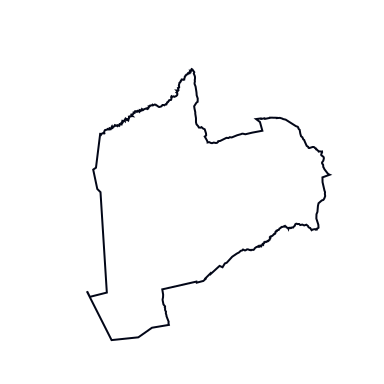 the district of Rosario de la Frontera, Salta, Argentina, rotated 157°
{"feature_id": "61730980B41964155809664", "entity_name": "Rosario de la Frontera", "entity_type": "district", "adm_level": 2, "iso_a3": "ARG", "parent_name": "Argentina", "parent_adm1": "Salta", "projection": "robinson", "projection_center": [-64.783, -25.907], "detail": "fine", "context": "isolated", "style": "outline", "palette": "ink", "viewbox_px": 384, "rotation_deg": 157, "n_neighbors": 0, "source": "geoboundaries", "source_scale": "gbopen_adm2", "svg_char_len": 6000}
<svg xmlns="http://www.w3.org/2000/svg" viewBox="0 0 384 384"><g transform="rotate(157 192 192)"><path d="M96.8,110.1L95.7,110.3L93.1,109.7L92.8,109.4L92.7,108.9L91.8,108.7L91.6,109.3L91.1,109.5L90.7,109.4L89.5,109.7L88.5,112.5L87.9,119.0L86.1,122.9L84.3,124.7L81.5,130.0L79.9,132.2L75.9,133.5L74.2,133.4L72.8,134.3L71.0,136.2L70.4,138.4L69.6,139.9L69.5,141.6L68.0,150.0L66.2,154.5L58.5,154.1L59.4,155.1L59.9,156.2L61.2,161.2L61.2,162.4L61.4,163.6L60.7,165.8L60.7,166.2L61.1,167.3L60.7,168.4L58.9,169.5L57.5,171.4L57.2,172.4L57.3,173.1L58.5,175.1L58.6,175.6L58.3,176.2L56.7,177.8L56.5,178.5L57.1,178.6L58.5,179.5L59.6,179.7L59.7,180.6L60.3,181.5L60.4,182.2L61.1,182.8L60.9,183.6L61.6,184.3L61.7,184.9L62.3,185.8L63.3,186.3L66.8,186.6L67.4,187.0L67.4,188.1L68.4,189.7L68.5,194.7L68.4,196.0L69.0,197.0L69.0,199.2L69.8,200.7L69.5,203.4L68.6,207.2L69.1,208.2L69.2,209.0L69.0,209.9L69.2,210.7L70.6,212.0L77.5,222.0L79.7,223.6L80.1,224.2L82.1,225.9L85.1,226.9L85.0,227.2L91.2,230.0L91.4,229.8L96.3,230.8L96.4,231.5L99.8,232.2L99.8,232.8L104.5,234.1L102.1,229.9L103.3,220.9L113.3,223.1L120.3,224.3L122.4,225.8L123.2,226.1L124.4,226.1L128.2,226.6L134.1,226.7L135.9,227.7L137.3,227.4L139.1,228.4L146.2,228.0L148.0,228.5L148.5,227.9L149.9,227.5L150.9,227.8L152.7,229.0L154.4,229.1L155.4,229.7L156.7,231.2L158.3,231.5L158.1,232.0L158.1,233.8L158.6,238.1L157.5,238.3L156.8,238.7L156.2,240.5L155.8,244.7L157.2,246.4L157.9,248.0L159.0,247.9L160.5,248.7L160.6,250.1L161.4,252.5L161.1,254.6L159.5,258.4L158.4,262.8L157.8,264.2L157.1,267.9L156.5,270.1L153.3,272.3L152.4,272.7L151.6,272.8L150.2,275.8L149.9,279.2L149.0,281.8L147.5,287.7L147.4,290.5L147.0,291.4L146.1,292.7L145.7,294.1L145.2,294.7L144.3,296.7L144.1,298.1L144.1,300.3L143.1,301.4L143.8,304.7L144.3,305.3L144.7,305.0L144.3,304.5L144.4,304.2L144.9,303.9L146.1,304.4L146.0,303.8L146.4,303.1L147.0,303.7L147.9,303.1L148.2,302.8L148.1,302.3L148.6,302.4L149.2,302.9L149.5,302.6L149.9,302.5L150.1,302.1L151.4,302.2L151.9,301.8L152.3,301.8L152.6,301.4L153.5,301.1L153.9,300.2L154.9,299.3L155.2,298.5L155.8,298.5L156.2,298.9L157.5,299.6L158.1,298.9L158.7,298.9L159.0,298.3L159.7,298.0L159.9,297.6L160.9,297.4L161.2,296.8L161.9,296.1L162.2,295.3L162.6,295.0L162.7,293.9L162.9,293.4L163.6,293.2L163.9,292.8L164.3,293.0L164.7,291.0L165.3,290.9L166.4,291.4L165.9,290.3L166.3,290.0L167.4,289.7L167.1,289.0L167.1,288.1L167.5,287.4L167.8,287.0L169.1,286.5L171.0,286.5L171.5,287.2L172.7,287.2L173.4,288.2L173.8,287.9L174.3,287.0L174.4,286.0L175.3,285.0L177.1,285.4L177.4,285.0L177.8,285.0L178.9,284.2L179.5,284.3L179.8,283.9L180.1,283.9L181.3,282.7L181.7,283.1L183.6,282.6L184.2,283.2L185.2,283.6L186.7,282.8L188.8,283.0L189.4,283.4L190.6,285.4L191.1,285.8L191.1,286.1L191.3,286.5L192.2,287.1L194.0,287.0L194.3,287.7L194.9,287.3L195.7,287.7L196.9,287.9L197.1,287.5L197.3,287.4L198.2,287.4L198.4,287.6L198.7,286.8L200.0,286.6L199.9,285.9L200.8,285.8L201.3,286.8L204.0,286.9L205.0,286.5L205.4,286.7L205.2,287.2L205.6,287.8L205.8,287.5L206.4,287.6L206.6,287.4L206.8,286.8L207.0,286.9L207.0,287.2L207.6,287.2L207.9,287.5L208.1,286.7L208.9,286.8L209.1,286.5L209.8,287.8L210.3,287.6L210.4,287.2L211.2,287.3L211.1,288.0L212.3,288.0L212.3,288.3L212.7,288.6L213.5,287.8L214.3,288.0L214.3,287.4L214.8,287.6L214.9,287.2L216.0,286.7L217.6,287.0L217.8,286.4L217.2,286.1L217.3,285.6L217.1,285.1L217.6,285.4L218.9,285.5L219.7,285.9L220.6,285.2L220.8,285.5L221.2,284.5L222.2,284.0L222.1,283.5L222.6,282.9L222.9,283.7L223.3,283.3L223.8,283.5L223.9,284.0L223.6,284.7L223.8,284.9L224.1,284.6L224.5,285.5L224.9,285.1L225.5,285.0L226.1,283.5L226.3,283.9L227.1,284.1L228.2,284.7L228.3,284.4L228.8,284.0L228.5,283.2L229.6,282.4L229.7,282.6L229.5,283.4L230.0,283.3L230.6,281.8L232.0,282.8L232.4,282.6L232.9,281.4L233.2,281.3L233.4,281.7L234.0,282.2L234.8,281.9L234.9,282.7L236.1,282.6L236.7,282.9L236.8,283.3L236.6,283.5L236.8,283.7L237.7,282.9L239.7,282.4L239.9,282.6L239.6,282.9L239.5,283.2L240.0,283.4L240.0,283.7L240.3,283.5L240.6,282.7L240.6,281.9L241.4,282.0L242.0,282.4L241.9,281.9L242.4,281.5L242.6,281.6L242.5,282.1L242.6,282.3L243.7,282.0L243.9,282.5L244.5,282.3L245.1,283.0L245.9,282.6L247.8,283.0L248.3,282.7L249.1,282.0L249.3,281.5L249.7,281.2L249.8,280.2L250.1,280.2L250.5,281.0L252.4,280.9L253.1,280.4L253.2,281.1L253.8,281.4L270.9,251.9L274.2,251.2L278.0,231.8L276.3,227.6L309.7,132.7L327.0,135.4L327.3,140.7L327.5,140.7L323.9,87.1L298.2,79.2L281.9,82.7L265.2,78.7L264.9,80.5L264.2,81.7L264.0,87.6L263.7,88.5L263.5,90.5L262.7,92.1L262.9,93.3L262.8,94.1L262.1,95.7L262.2,96.3L261.5,97.2L262.2,99.6L261.4,103.5L261.1,104.5L259.8,106.4L258.7,108.7L257.4,114.0L222.9,107.8L223.1,106.7L216.3,105.7L213.4,106.7L213.6,107.2L206.8,109.9L206.9,109.2L195.5,113.2L193.3,110.8L189.7,113.4L187.7,113.3L180.3,116.7L174.8,117.8L172.3,118.0L170.2,118.8L168.6,118.6L167.5,119.1L166.2,117.6L165.5,117.4L163.7,117.7L162.6,117.1L161.7,116.1L161.1,116.0L160.5,115.3L159.5,115.4L158.0,114.7L157.2,114.9L156.2,115.7L154.1,116.2L153.4,116.0L152.8,116.2L152.3,115.7L151.8,116.1L151.5,115.5L150.6,115.9L150.6,115.3L149.8,115.3L149.5,115.0L149.1,115.6L148.6,115.6L147.4,116.5L147.0,115.8L146.6,116.5L145.6,116.8L145.1,117.5L144.7,117.3L144.2,117.6L143.1,117.0L142.3,117.1L141.8,117.4L141.4,117.0L140.7,117.1L140.3,117.6L139.2,117.7L138.8,118.4L138.1,118.6L137.9,118.9L138.0,120.0L137.6,120.2L137.2,119.8L136.5,120.4L135.9,120.2L134.7,120.4L133.1,121.2L132.7,121.0L132.2,121.4L131.7,121.2L130.9,122.0L130.8,122.6L129.9,123.1L129.4,122.9L129.2,123.2L128.9,123.0L128.2,123.5L127.0,123.2L125.7,124.2L124.6,124.2L124.0,124.6L123.0,124.8L122.1,124.4L120.5,124.5L120.2,124.0L119.6,124.3L119.4,123.7L119.0,123.4L118.8,122.4L118.3,122.0L118.1,121.6L117.6,121.4L117.6,120.5L117.3,120.9L116.8,120.8L116.4,121.0L115.7,120.7L115.3,120.2L114.8,120.1L114.4,120.4L112.7,119.8L112.3,120.2L110.5,120.8L109.6,121.9L108.6,122.1L108.0,121.9L107.5,121.3L105.9,120.7L105.3,119.3L103.2,118.9L101.8,117.4L99.5,117.2L98.5,115.3L98.5,114.1L97.9,113.2L97.3,112.7L96.8,110.1Z" fill="none" stroke="#020617" stroke-width="2"/></g></svg>